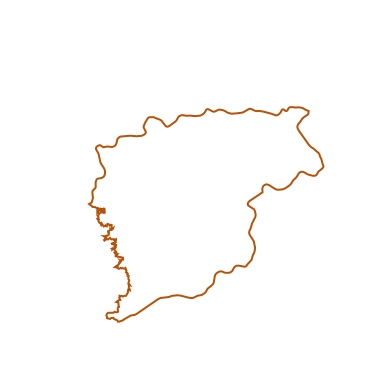 outline of Pedro Santana, La Estrelleta, Dominican Republic, rotated 325°
{"feature_id": "3306468B44690790041357", "entity_name": "Pedro Santana", "entity_type": "district", "adm_level": 2, "iso_a3": "DOM", "parent_name": "Dominican Republic", "parent_adm1": "La Estrelleta", "projection": "natural_earth1", "projection_center": [-71.535, 19.169], "detail": "fine", "context": "isolated", "style": "outline", "palette": "amber", "viewbox_px": 384, "rotation_deg": 325, "n_neighbors": 0, "source": "geoboundaries", "source_scale": "gbopen_adm2", "svg_char_len": 6011}
<svg xmlns="http://www.w3.org/2000/svg" viewBox="0 0 384 384"><g transform="rotate(325 192 192)"><path d="M100.8,142.8L101.9,146.0L101.9,146.9L102.5,147.6L103.9,148.6L104.5,149.9L104.5,150.9L105.3,150.9L105.9,151.5L104.5,153.2L103.4,153.2L103.4,153.9L102.5,154.8L103.4,154.8L104.5,153.9L105.9,153.9L106.7,153.2L107.3,153.2L107.3,154.8L107.9,154.8L107.9,153.8L109.3,154.8L110.1,154.8L110.7,155.5L110.1,156.5L110.1,155.5L109.3,155.5L108.7,156.5L109.3,157.8L108.7,158.8L107.9,158.8L107.3,157.8L107.3,157.1L106.7,157.1L106.7,155.5L105.3,156.5L103.4,156.5L102.5,157.2L101.1,157.2L101.1,158.8L100.5,159.5L99.1,159.5L99.1,160.5L100.0,160.5L100.0,161.1L99.1,161.1L99.1,161.8L98.6,162.8L98.6,164.4L99.2,165.1L100.0,165.1L100.0,166.7L98.6,166.7L98.6,167.4L99.2,167.4L100.0,168.4L100.0,169.7L102.0,169.7L102.0,170.7L102.5,171.3L104.5,169.7L105.3,170.7L105.3,172.3L106.8,172.3L107.3,173.0L105.9,174.6L105.9,176.3L106.8,176.3L105.9,176.9L104.5,176.9L104.5,176.3L103.9,175.3L103.4,176.3L101.1,176.3L101.1,175.3L100.6,176.3L100.6,177.6L100.0,177.6L100.0,178.6L99.2,179.3L96.6,179.3L96.6,178.6L95.8,178.6L94.4,177.6L95.2,179.3L95.2,180.3L93.8,180.3L93.3,180.9L92.4,180.9L92.4,181.6L95.2,181.6L95.8,182.6L98.6,182.6L98.6,184.2L99.2,184.9L100.6,185.5L102.0,187.2L102.6,187.2L102.0,188.1L100.6,187.2L100.6,189.5L100.0,189.5L97.2,188.2L96.7,188.2L96.7,189.0L99.5,191.8L99.1,192.3L98.1,191.7L97.5,191.9L97.8,193.6L96.9,194.0L94.6,192.4L94.1,192.4L94.4,192.8L93.8,193.4L95.3,193.4L95.3,196.7L95.8,197.4L95.3,198.4L93.8,197.4L93.8,199.0L94.4,199.0L95.3,200.0L94.4,200.0L93.3,200.7L92.6,200.7L92.6,200.8L93.3,201.4L93.9,201.4L93.9,202.3L94.4,202.3L95.3,204.0L95.8,204.0L97.8,206.3L96.7,207.9L95.3,206.9L94.4,207.9L93.9,207.0L93.9,207.9L93.3,207.9L92.5,208.6L91.9,207.9L90.5,209.3L89.1,209.3L88.5,210.3L87.7,209.3L85.7,209.3L87.1,210.9L87.7,210.9L87.7,212.6L88.5,213.2L89.9,213.2L90.5,214.2L91.1,214.2L92.5,215.9L93.9,215.9L93.9,216.5L93.3,217.2L93.3,218.8L91.9,219.8L92.5,221.1L92.5,222.1L91.9,222.1L91.9,222.8L91.1,223.8L91.9,224.4L90.0,226.7L89.9,228.4L87.7,230.0L87.7,233.0L87.1,232.3L87.1,230.7L87.0,230.9L86.7,232.5L85.1,234.4L85.1,236.2L84.7,237.0L83.7,235.5L82.7,236.3L82.0,237.5L78.4,239.2L77.0,238.2L75.4,238.0L74.8,236.6L74.0,236.4L73.1,235.4L72.7,235.9L72.5,236.7L71.7,236.9L71.3,239.3L69.7,238.6L66.9,238.7L68.3,240.3L66.9,242.6L66.3,244.3L64.7,243.8L64.8,243.9L62.8,247.7L61.1,247.3L59.8,245.7L58.5,245.9L54.1,242.9L52.7,242.9L51.1,243.9L50.6,245.9L50.0,246.6L52.0,248.9L53.4,248.9L55.4,249.9L55.4,251.5L57.3,254.5L57.0,255.8L57.9,256.4L61.8,257.5L62.1,257.3L70.6,258.0L71.5,258.3L74.6,259.8L76.7,260.1L101.3,260.3L103.5,260.4L105.2,260.7L106.1,261.1L112.5,264.6L116.3,265.7L121.1,268.4L123.2,270.3L129.0,277.0L131.2,278.9L132.6,279.5L137.1,280.2L140.1,281.6L141.6,282.0L143.7,282.1L145.2,282.0L146.6,281.5L148.7,280.4L149.7,280.1L154.7,279.8L156.3,279.5L157.3,279.0L158.2,278.4L161.8,274.6L163.1,273.5L164.6,272.8L166.6,272.6L168.7,272.9L170.0,273.5L171.1,274.5L172.3,276.5L172.9,277.2L175.5,279.1L176.8,279.7L178.3,279.9L179.8,279.7L182.8,278.2L183.7,277.9L185.2,277.8L186.2,278.0L187.2,278.5L188.1,279.2L192.0,283.2L193.3,283.8L194.1,283.7L196.1,283.0L200.1,282.2L201.9,281.7L205.9,278.5L208.1,277.4L208.9,276.8L210.5,275.2L211.9,273.4L214.2,268.1L214.5,265.8L214.6,261.8L214.7,260.1L215.0,259.0L215.8,257.7L216.9,256.7L219.5,255.2L222.8,252.4L229.3,248.9L230.1,248.3L231.1,247.1L231.6,246.2L232.6,243.5L232.9,242.1L232.7,241.2L230.4,235.6L230.4,234.6L231.1,233.4L232.4,232.7L233.9,232.4L249.6,232.7L251.3,230.0L251.9,229.2L253.1,228.3L254.1,228.0L255.1,227.9L256.1,228.0L257.1,228.3L258.2,229.3L258.8,230.1L259.3,231.0L261.9,237.3L262.7,238.6L264.2,239.8L267.6,241.7L268.6,242.1L270.2,242.4L272.4,242.5L275.2,242.5L277.3,242.2L278.4,241.9L281.4,240.5L285.9,239.8L287.3,239.3L289.4,238.2L290.3,237.9L291.8,237.8L293.3,238.2L294.4,239.1L295.3,240.4L296.6,243.4L298.0,245.3L300.3,248.0L301.2,248.7L302.1,249.2L303.1,249.4L304.1,249.3L306.5,248.1L307.5,247.8L311.8,247.5L313.3,247.2L314.1,246.7L314.6,245.9L315.4,243.0L316.7,239.6L317.3,236.3L318.0,234.1L318.1,233.2L318.0,232.3L317.3,230.0L316.6,226.7L315.3,223.4L314.8,220.8L314.7,203.8L314.8,201.8L315.2,199.9L315.8,198.9L317.2,197.7L318.2,197.3L320.9,196.6L324.0,195.3L327.0,194.9L331.8,195.0L334.0,192.6L332.5,190.4L331.0,187.1L329.3,185.0L327.8,183.7L325.2,182.2L322.6,179.8L321.4,179.0L320.5,178.7L319.6,178.7L318.7,178.9L316.9,179.9L315.7,179.8L315.1,179.2L314.4,177.0L314.2,176.7L313.5,176.3L312.2,176.5L310.3,177.6L308.9,178.0L306.9,178.1L305.9,178.0L304.7,177.4L302.1,173.6L296.5,167.0L293.8,164.4L292.3,163.2L291.5,162.9L290.5,162.0L289.7,160.9L288.8,159.1L287.6,157.5L286.8,156.9L285.3,156.5L280.3,156.2L278.7,155.8L274.4,153.6L269.7,150.8L268.5,149.7L267.0,147.9L266.2,146.5L265.4,144.5L264.8,143.5L263.0,141.3L261.7,140.3L260.8,139.8L256.9,139.2L255.7,138.6L255.1,137.9L253.0,133.8L252.4,133.1L252.1,132.9L250.8,132.8L248.5,134.0L246.6,134.5L244.5,134.5L242.5,134.1L237.7,131.4L234.4,128.4L231.4,126.5L228.1,123.5L227.2,123.0L226.2,122.7L225.2,122.6L223.7,122.8L220.8,124.2L219.8,124.6L218.2,124.8L211.6,124.9L210.1,124.7L209.2,124.3L208.5,123.5L208.2,122.5L208.0,116.6L207.7,115.4L207.0,114.0L204.9,111.0L203.4,108.6L200.4,106.6L199.6,106.2L198.7,106.0L193.4,108.3L190.3,110.3L189.7,111.0L189.3,111.9L188.9,115.3L188.4,116.6L188.0,117.0L187.2,117.4L186.2,117.5L184.8,117.5L182.8,117.0L178.5,114.5L173.9,110.6L165.4,105.7L163.9,105.4L161.9,105.6L160.6,106.4L158.2,108.6L156.9,109.5L155.4,109.9L153.9,109.8L152.9,109.5L152.0,109.0L148.7,106.1L145.3,104.6L144.8,103.9L143.9,101.5L143.3,100.8L142.4,100.4L141.5,100.2L140.1,100.2L139.3,100.4L138.5,101.0L138.0,101.9L137.8,102.9L137.5,106.1L137.3,107.2L134.1,114.9L133.7,116.6L133.6,121.6L133.3,123.4L132.7,125.1L131.7,126.5L130.5,127.7L129.7,128.3L128.7,128.7L127.7,128.9L125.7,128.6L123.2,127.3L122.4,127.0L121.4,127.0L120.4,127.4L119.6,128.0L118.4,129.1L115.9,132.8L115.1,133.3L112.0,133.8L110.8,134.4L110.2,135.1L107.4,140.1L103.7,143.1L100.8,142.8Z" fill="none" stroke="#b45309" stroke-width="2"/></g></svg>